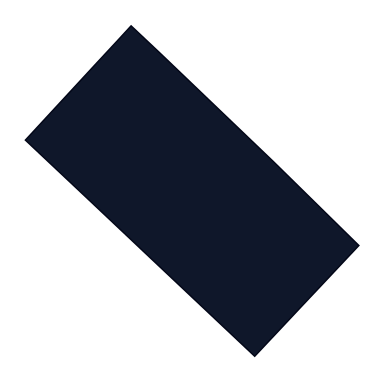 the district of Telsen, Chubut, Argentina, rotated 44°
{"feature_id": "61730980B58440268064680", "entity_name": "Telsen", "entity_type": "district", "adm_level": 2, "iso_a3": "ARG", "parent_name": "Argentina", "parent_adm1": "Chubut", "projection": "orthographic", "projection_center": [-67.11, -42.441], "detail": "fine", "context": "isolated", "style": "filled", "palette": "ink", "viewbox_px": 384, "rotation_deg": 44, "n_neighbors": 0, "source": "geoboundaries", "source_scale": "gbopen_adm2", "svg_char_len": 368}
<svg xmlns="http://www.w3.org/2000/svg" viewBox="0 0 384 384"><g transform="rotate(44 192 192)"><path d="M351.2,266.6L350.1,186.7L349.9,168.0L349.4,131.6L349.2,115.2L349.2,114.6L230.9,113.6L72.6,114.3L32.8,114.8L32.8,115.8L33.3,136.4L33.9,168.2L36.1,270.4L114.6,269.4L192.6,268.5L194.7,268.5L351.2,266.6Z" fill="#0f172a" stroke="#020617" stroke-width="1.5"/></g></svg>